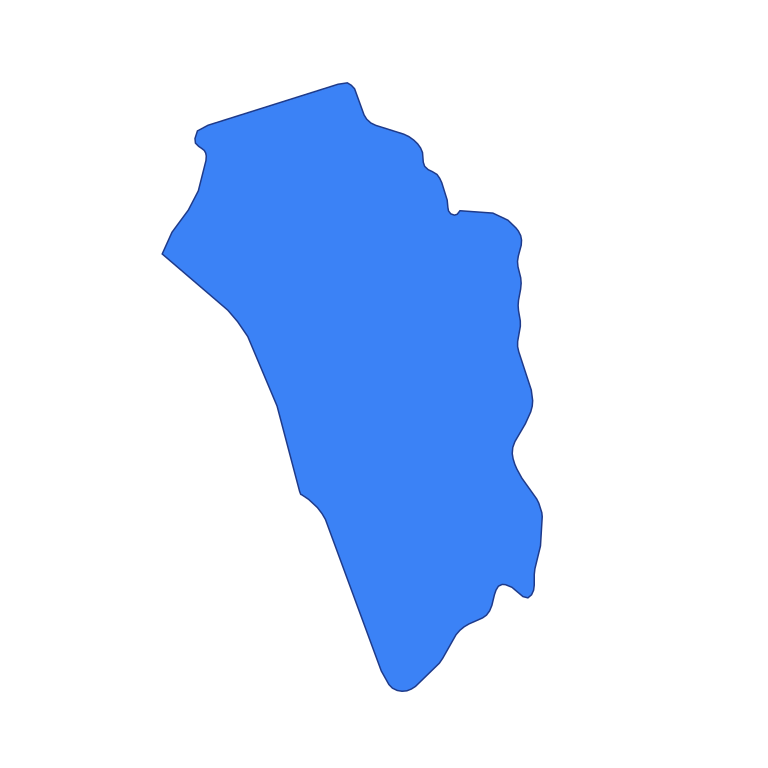 an SVG outline of Brokopondo, rotated 343°
{"feature_id": "SUR-66", "entity_name": "Brokopondo", "entity_type": "District", "adm_level": 1, "iso_a3": "SUR", "parent_name": "Suriname", "parent_adm1": "", "projection": "mercator", "projection_center": [-55.026, 4.667], "detail": "fine", "context": "isolated", "style": "filled", "palette": "blue", "viewbox_px": 768, "rotation_deg": 343, "n_neighbors": 0, "source": "natural_earth", "source_scale": "10m", "svg_char_len": 1650}
<svg xmlns="http://www.w3.org/2000/svg" viewBox="0 0 768 768"><g transform="rotate(343 384 384)"><path d="M427.7,83.9L437.0,85.3L440.1,88.8L442.2,93.1L443.6,120.9L444.9,125.8L447.7,130.5L451.8,134.3L476.0,150.9L480.3,154.9L483.8,159.5L486.4,164.2L488.0,169.0L488.5,173.9L486.4,183.4L486.5,187.7L488.9,191.9L492.4,195.1L496.0,199.2L497.4,203.6L498.1,208.3L498.2,226.6L496.7,233.9L496.3,237.4L497.6,240.8L500.7,243.1L503.6,243.1L507.3,240.5L538.1,252.4L550.4,263.6L555.8,273.3L557.2,277.0L558.1,282.0L557.6,286.6L555.8,291.4L549.8,301.0L547.5,305.8L546.4,311.0L545.8,322.4L544.6,327.8L542.4,333.2L537.1,343.3L535.2,348.2L534.1,353.1L532.8,363.5L531.3,368.6L524.2,382.5L522.7,387.3L522.3,392.5L523.1,432.8L521.3,443.4L519.3,448.5L516.2,453.5L507.6,463.3L492.3,477.4L488.6,482.3L486.3,488.0L485.6,493.2L485.6,498.9L486.2,504.2L488.3,514.3L496.4,538.5L497.2,543.3L497.3,553.2L496.5,557.2L486.3,584.6L474.3,604.8L472.0,610.1L468.9,620.2L466.8,624.9L463.5,628.7L459.1,630.6L454.7,627.9L446.9,615.8L441.5,611.4L438.4,610.2L434.3,610.8L430.9,613.8L428.0,617.8L422.4,627.3L418.7,631.8L414.4,635.0L409.9,636.5L395.0,638.3L389.7,639.6L384.6,641.7L379.6,644.8L360.0,663.4L355.4,667.1L325.7,682.4L321.0,683.7L316.2,684.1L311.4,683.1L307.0,680.9L303.1,677.3L300.8,672.8L297.5,657.6L288.4,496.4L286.9,490.0L284.2,482.7L278.2,472.3L272.8,465.7L272.4,465.5L272.1,465.1L271.9,462.0L275.3,373.8L267.6,298.8L262.2,281.5L256.2,267.7L209.9,194.8L225.6,176.9L247.7,160.5L262.9,145.0L279.1,118.2L280.7,114.0L281.0,111.0L280.4,108.1L278.5,105.4L276.2,102.5L274.1,98.5L275.0,94.0L279.6,87.4L291.4,85.1L427.7,83.9Z" fill="#3b82f6" stroke="#1e3a8a" stroke-width="1.5"/></g></svg>